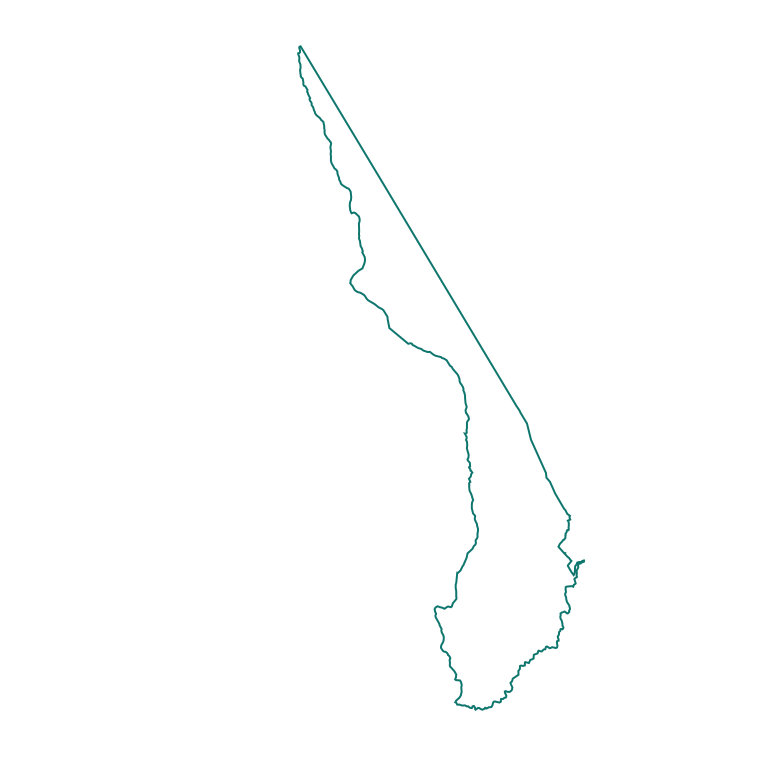 the district of Alajuela, Alajuela, Costa Rica, rotated 329°
{"feature_id": "36466004B67061549070759", "entity_name": "Alajuela", "entity_type": "district", "adm_level": 2, "iso_a3": "CRI", "parent_name": "Costa Rica", "parent_adm1": "Alajuela", "projection": "equal_earth", "projection_center": [-84.238, 10.164], "detail": "fine", "context": "isolated", "style": "outline", "palette": "teal", "viewbox_px": 768, "rotation_deg": 329, "n_neighbors": 0, "source": "geoboundaries", "source_scale": "gbopen_adm2", "svg_char_len": 6140}
<svg xmlns="http://www.w3.org/2000/svg" viewBox="0 0 768 768"><g transform="rotate(329 384 384)"><path d="M486.5,205.7L486.4,51.6L485.2,51.4L484.5,52.2L483.8,54.8L482.9,56.3L482.0,56.7L480.8,56.3L480.4,56.9L479.7,60.5L477.5,63.6L476.9,67.2L475.2,70.2L473.8,71.6L472.3,74.7L471.8,76.3L471.1,77.3L471.1,78.7L471.6,80.5L470.3,83.8L469.0,86.0L469.1,87.4L469.9,88.4L469.9,92.5L468.6,93.9L468.6,95.7L468.2,96.4L467.9,101.0L467.0,101.4L466.7,101.8L466.5,103.2L466.7,105.5L466.5,106.2L465.6,107.7L465.8,110.3L464.9,113.5L464.9,115.0L464.4,116.5L464.5,118.7L466.1,123.3L466.1,125.1L467.0,128.0L465.6,132.2L464.5,133.9L463.8,136.0L462.7,137.5L461.9,139.6L462.0,144.5L462.6,146.7L462.6,148.3L462.9,148.7L462.6,150.5L459.9,153.6L458.4,157.2L456.6,159.6L456.0,161.2L453.5,165.2L452.8,167.7L452.6,173.8L453.4,175.8L453.4,177.9L452.3,180.2L451.6,184.1L450.8,185.8L450.8,188.1L450.3,189.8L450.3,190.6L450.6,191.2L450.6,191.8L453.1,196.9L454.3,198.3L454.5,200.1L454.4,202.2L452.0,207.2L450.3,209.4L448.5,210.7L446.5,213.4L444.6,217.6L444.1,220.0L444.2,221.0L446.5,221.5L447.5,222.7L448.8,227.6L448.2,229.7L447.1,231.7L445.1,233.6L441.6,239.9L439.6,242.9L439.2,244.0L437.5,246.4L437.0,249.2L435.0,253.6L434.9,256.5L434.3,258.9L434.0,259.5L433.2,259.9L432.8,265.4L431.4,268.3L429.3,270.5L425.1,273.8L420.4,273.8L413.6,275.2L408.9,277.8L408.1,279.1L407.0,280.1L407.5,284.8L407.3,286.7L407.4,288.8L408.7,291.5L410.8,293.7L412.7,297.3L413.0,298.9L413.0,301.6L413.5,304.1L417.1,310.7L418.9,315.6L420.7,318.4L421.5,320.4L421.6,328.1L420.5,330.4L417.4,338.8L425.5,362.0L427.8,362.8L428.2,363.2L428.7,364.1L428.6,365.4L429.4,366.4L431.9,370.9L434.1,373.2L434.9,375.5L437.8,379.0L439.9,380.1L441.5,384.3L442.7,386.3L446.8,390.4L447.0,391.4L448.6,393.3L449.9,395.9L450.0,402.4L450.9,404.4L450.7,406.2L452.0,414.1L451.5,417.8L450.0,421.3L449.9,423.3L450.1,424.3L450.1,426.9L449.7,429.0L448.8,430.2L448.3,433.3L447.3,436.1L446.3,437.7L444.0,442.5L443.2,445.9L442.6,446.8L440.6,448.3L439.8,449.7L439.6,451.2L439.4,451.3L439.6,452.1L439.6,455.3L439.0,457.3L438.4,458.1L435.9,459.2L435.1,460.0L432.4,464.5L430.7,466.4L430.4,467.3L429.8,468.4L428.2,468.6L427.8,468.2L427.6,471.9L426.6,473.4L425.5,474.2L425.4,476.2L423.8,479.4L421.9,481.8L420.1,488.3L418.2,490.9L416.9,491.5L416.6,491.9L416.5,492.8L417.0,495.8L415.3,499.1L414.1,499.1L413.9,499.3L414.1,501.8L413.6,502.5L413.5,503.0L413.9,503.4L414.1,505.5L412.4,506.1L410.7,508.0L408.0,509.0L407.6,512.4L406.0,512.8L405.3,513.8L405.1,514.7L404.4,515.3L402.4,519.5L402.1,523.0L401.5,526.0L401.2,526.6L400.7,529.3L398.5,530.9L397.5,532.1L395.2,535.9L393.7,540.8L394.2,544.1L392.6,545.9L392.0,547.3L391.5,552.0L390.9,553.2L390.0,556.5L388.5,558.8L387.0,560.5L385.4,563.3L384.3,564.2L382.3,565.0L381.5,566.0L381.1,567.4L379.7,568.7L377.5,569.2L374.9,570.9L368.4,572.2L365.2,575.6L358.6,580.3L357.3,580.8L353.7,583.2L350.3,584.0L349.6,583.5L343.8,591.3L342.0,593.1L340.5,595.6L339.0,599.2L336.6,603.1L335.9,604.8L335.2,605.6L330.1,607.4L327.6,609.6L326.4,609.8L324.4,607.8L323.4,607.6L320.1,607.8L318.6,605.6L317.2,604.3L315.4,602.1L313.1,602.1L311.4,603.1L310.4,606.1L310.4,607.7L309.0,608.8L308.2,610.3L307.9,618.2L307.4,619.6L307.2,623.6L306.1,625.0L305.5,626.9L305.5,629.2L305.1,631.4L303.4,634.0L301.7,635.7L299.2,637.0L297.5,638.5L296.9,640.0L297.1,643.2L297.5,644.1L298.9,645.4L299.5,647.0L299.6,648.6L299.3,649.3L299.8,650.7L299.8,652.6L299.3,653.6L298.8,653.7L298.0,654.5L297.2,656.5L295.2,659.6L295.2,661.1L295.5,661.6L296.4,666.5L296.3,670.3L294.5,672.6L292.9,673.7L293.1,674.8L296.5,677.3L296.5,679.1L295.6,682.1L294.0,683.8L292.1,687.7L289.5,690.5L287.4,691.6L282.8,692.6L281.5,693.4L281.7,693.5L281.7,696.7L283.4,697.5L285.3,699.8L287.9,701.2L289.0,703.1L290.1,703.6L290.7,705.4L291.3,706.2L292.3,706.9L292.8,706.9L293.9,705.9L295.2,706.3L295.3,708.5L294.6,709.9L294.7,710.3L297.6,710.1L298.7,710.7L299.3,712.1L300.5,713.8L302.7,714.1L303.9,713.6L304.3,713.9L304.4,714.7L304.8,715.0L307.4,715.1L309.2,716.1L310.3,716.0L311.6,715.1L313.5,713.2L314.9,712.9L315.7,713.4L318.9,716.5L320.1,716.6L320.7,716.3L321.2,715.3L322.2,714.3L323.8,715.3L325.7,715.0L326.8,715.5L327.4,715.3L328.4,714.0L328.6,711.1L329.2,709.8L330.2,710.0L331.1,711.3L333.0,712.6L334.5,712.6L336.0,712.1L337.7,710.4L338.3,705.9L338.6,705.2L340.4,704.9L342.7,702.9L349.5,702.5L351.3,699.3L353.8,698.1L355.3,695.8L356.4,695.9L357.9,697.2L359.8,697.8L361.4,695.2L361.8,695.1L364.5,697.8L367.2,695.9L368.4,696.0L369.3,696.4L370.9,696.3L372.0,694.5L373.1,693.3L376.9,694.0L378.6,692.4L379.3,692.3L380.4,693.7L381.6,694.5L383.6,693.9L384.5,693.9L385.6,694.4L387.5,692.7L387.9,692.7L388.6,693.1L389.9,695.7L390.5,696.0L392.6,696.2L395.4,698.9L396.7,698.9L397.9,697.6L399.0,694.7L400.0,693.6L401.4,694.0L402.2,692.6L402.4,691.1L402.9,689.9L404.7,689.1L406.3,686.8L407.8,686.5L409.0,685.1L409.6,685.1L410.7,686.2L412.1,685.5L412.5,684.7L412.5,683.2L413.4,681.5L414.4,678.5L414.5,675.9L415.4,674.1L416.5,673.0L417.1,671.6L418.8,671.5L421.7,672.1L422.8,674.9L423.3,675.3L425.4,674.8L425.8,673.8L427.6,672.6L428.7,669.3L428.6,665.1L429.3,662.5L430.2,660.7L430.5,658.6L431.3,657.0L432.8,656.1L434.0,653.3L435.2,651.7L436.3,651.8L440.3,653.7L441.2,654.3L441.8,655.2L443.2,653.9L445.2,653.9L445.6,653.6L446.7,649.3L448.1,648.9L450.0,648.8L450.6,647.1L451.9,645.5L452.5,644.0L453.4,642.9L456.0,641.4L457.0,639.4L457.8,638.7L458.7,638.6L460.1,639.1L461.2,638.8L463.8,639.3L464.4,638.8L464.5,638.2L462.6,637.8L461.5,638.1L459.1,636.9L457.7,636.6L456.0,637.9L454.3,638.5L452.8,640.3L451.1,643.0L449.4,644.8L448.2,645.5L447.8,641.9L447.9,634.7L448.2,634.2L453.5,632.2L453.1,630.4L453.0,628.5L452.2,626.2L451.5,622.5L452.1,622.2L451.8,621.9L451.3,621.8L449.7,613.4L452.3,611.7L456.0,610.6L457.1,610.0L457.9,610.2L459.8,609.6L460.8,608.5L461.5,607.2L461.9,607.1L462.5,605.8L464.0,605.2L465.5,603.7L466.1,603.8L466.6,604.2L467.2,603.8L467.4,603.9L468.5,601.7L469.2,601.0L470.7,598.5L471.1,597.6L471.2,595.8L473.8,596.1L473.9,595.0L474.8,593.1L475.5,592.8L474.2,589.8L474.5,585.5L474.1,583.7L474.3,566.2L475.9,553.3L475.0,548.0L477.0,543.7L481.3,507.4L486.2,491.6L486.2,478.6L486.5,476.7L486.2,470.9L486.5,205.7Z" fill="none" stroke="#0f766e" stroke-width="2"/></g></svg>